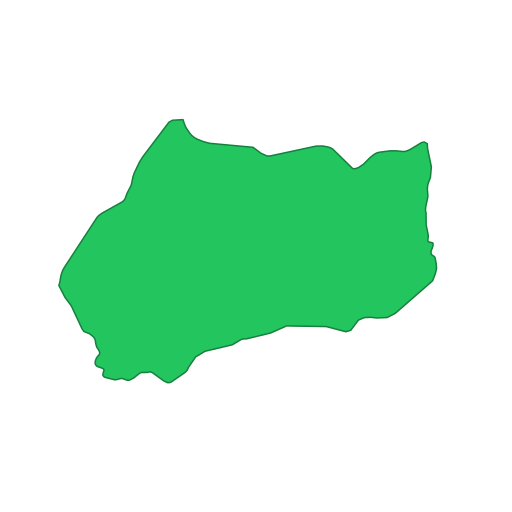 outline of Logone Occidental, rotated 23°
{"feature_id": "TCD-1484", "entity_name": "Logone Occidental", "entity_type": "Prefecture", "adm_level": 1, "iso_a3": "TCD", "parent_name": "Chad", "parent_adm1": "", "projection": "equal_earth", "projection_center": [15.903, 8.748], "detail": "fine", "context": "isolated", "style": "filled", "palette": "green", "viewbox_px": 512, "rotation_deg": 23, "n_neighbors": 0, "source": "natural_earth", "source_scale": "10m", "svg_char_len": 2049}
<svg xmlns="http://www.w3.org/2000/svg" viewBox="0 0 512 512"><g transform="rotate(23 256 256)"><path d="M366.3,85.3L369.8,85.7L371.9,90.0L382.6,105.4L385.9,115.7L386.1,121.0L386.4,123.9L387.7,127.7L390.4,132.8L391.2,134.9L393.0,144.2L393.8,146.9L394.7,148.6L395.6,149.7L400.5,160.9L406.2,169.2L407.0,170.7L407.9,174.1L408.5,175.2L409.7,175.5L413.1,174.9L414.1,175.2L415.0,177.7L415.3,183.0L415.9,185.0L417.3,186.2L418.8,186.6L420.1,186.7L421.2,187.3L424.9,192.6L427.1,197.0L428.0,202.2L428.3,209.7L406.7,254.2L400.8,261.4L391.3,265.9L385.6,267.6L379.8,270.4L375.4,274.9L372.2,287.4L368.3,290.6L348.3,293.5L311.5,308.4L299.5,321.2L279.6,336.0L276.9,337.2L275.1,338.5L268.9,347.0L246.3,363.6L239.9,372.4L237.3,385.2L237.4,386.7L237.1,388.8L236.1,391.1L227.1,405.3L225.8,406.4L223.9,407.2L219.8,407.0L206.0,403.8L203.7,404.0L201.4,405.7L196.1,408.0L195.0,409.0L194.2,410.3L191.2,415.9L188.4,419.3L187.3,420.2L186.0,420.7L181.2,421.0L179.8,421.4L178.6,422.2L176.4,423.9L175.3,424.7L174.2,425.2L164.5,426.7L163.0,426.5L161.7,425.7L161.0,423.6L160.7,420.3L159.7,419.5L157.7,419.4L154.1,419.7L152.5,419.6L151.0,418.9L149.8,417.7L149.1,415.2L149.0,412.9L149.3,410.7L150.3,407.6L149.9,406.0L148.4,404.4L145.1,402.2L142.8,399.4L141.5,397.2L140.0,395.3L137.9,393.9L133.1,392.6L127.0,392.7L124.0,390.7L105.5,374.1L96.3,368.7L86.1,360.2L85.5,356.1L84.2,350.8L83.9,348.8L83.7,344.9L84.0,341.6L94.6,282.5L95.5,280.1L97.4,276.9L111.8,258.3L112.6,256.6L113.1,254.5L112.8,248.5L113.4,240.8L113.3,238.6L112.9,236.6L111.8,231.1L111.5,227.0L112.0,215.5L113.0,208.9L123.6,166.8L126.2,163.6L135.5,159.0L139.8,163.8L142.0,165.6L147.2,168.9L149.6,170.1L152.6,171.0L156.0,171.4L162.8,171.3L169.5,170.3L210.8,157.1L220.6,159.5L227.0,159.6L229.9,158.4L268.3,131.4L274.3,128.7L279.7,127.5L282.6,127.3L284.9,127.6L310.5,137.6L311.9,137.5L313.8,136.4L315.9,134.4L319.1,129.4L322.6,120.7L324.9,116.5L326.7,114.1L328.8,112.4L338.3,106.8L344.2,104.3L349.9,102.6L352.6,101.4L354.3,99.8L356.5,97.4L363.9,87.1L366.3,85.3Z" fill="#22c55e" stroke="#15803d" stroke-width="1.5"/></g></svg>